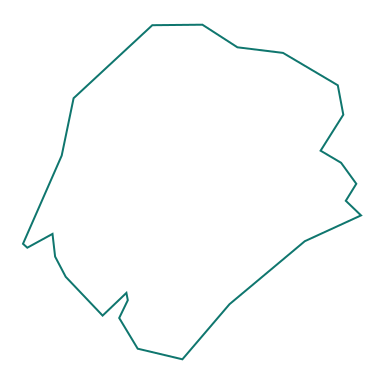 Tashkent, Robinson projection
{"feature_id": "UZB-4828", "entity_name": "Tashkent", "entity_type": "Region", "adm_level": 1, "iso_a3": "UZB", "parent_name": "Uzbekistan", "parent_adm1": "", "projection": "robinson", "projection_center": [69.25, 41.311], "detail": "fine", "context": "isolated", "style": "outline", "palette": "teal", "viewbox_px": 384, "rotation_deg": 0, "n_neighbors": 0, "source": "natural_earth", "source_scale": "10m", "svg_char_len": 437}
<svg xmlns="http://www.w3.org/2000/svg" viewBox="0 0 384 384"><path d="M202.4,24.7L237.4,47.3L283.0,52.9L337.8,85.3L343.3,114.7L320.6,150.7L341.1,162.8L356.3,183.8L345.8,200.8L361.0,215.4L304.8,241.2L229.5,304.2L182.4,359.3L137.7,348.7L119.2,318.0L127.8,300.2L126.4,292.9L102.6,315.6L65.7,276.8L55.1,256.6L52.5,233.9L27.3,247.7L23.0,243.8L61.7,155.6L73.6,98.2L152.3,25.2L202.4,24.7Z" fill="none" stroke="#0f766e" stroke-width="2"/></svg>